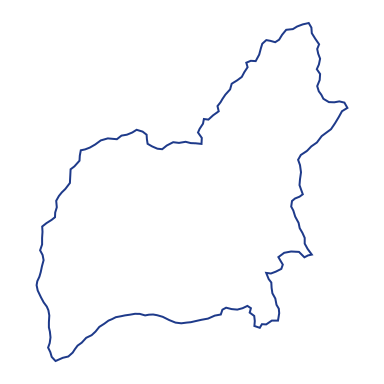 Guarulhos, São Paulo, Brazil
{"feature_id": "56859067B75389058468557", "entity_name": "Guarulhos", "entity_type": "district", "adm_level": 2, "iso_a3": "BRA", "parent_name": "Brazil", "parent_adm1": "São Paulo", "projection": "orthographic", "projection_center": [-46.447, -23.392], "detail": "fine", "context": "isolated", "style": "outline", "palette": "blue", "viewbox_px": 384, "rotation_deg": 0, "n_neighbors": 0, "source": "geoboundaries", "source_scale": "gbopen_adm2", "svg_char_len": 2707}
<svg xmlns="http://www.w3.org/2000/svg" viewBox="0 0 384 384"><path d="M347.4,107.9L344.4,102.6L339.3,101.4L334.3,102.3L328.9,102.1L323.4,98.8L321.3,94.7L318.8,91.3L317.2,86.1L319.7,80.0L320.1,74.0L316.8,69.2L318.9,64.5L320.1,58.7L318.2,53.7L317.2,49.0L319.1,44.3L315.3,38.8L311.8,33.2L311.4,27.6L308.7,23.0L302.7,24.4L297.1,26.5L292.9,29.1L286.2,29.8L282.1,34.8L279.1,39.7L275.2,42.2L270.2,40.8L266.3,40.1L262.3,43.7L260.9,48.2L259.2,54.6L255.7,61.1L250.8,60.8L246.3,62.7L247.6,67.2L244.3,72.2L241.8,76.9L237.1,80.4L231.7,83.7L230.1,89.4L225.4,94.6L222.5,98.9L220.5,102.3L217.5,106.1L218.7,111.3L213.1,115.3L208.4,119.6L203.9,119.0L203.0,123.7L199.7,128.7L198.0,132.5L201.8,137.9L201.5,143.9L195.7,143.3L190.8,143.1L185.6,141.8L179.0,142.9L173.2,142.2L166.8,145.5L162.2,149.2L157.4,148.7L152.1,146.4L147.6,143.8L146.9,139.2L146.6,134.7L142.6,131.6L136.6,129.8L132.3,132.5L126.9,134.7L121.5,135.6L116.9,139.2L107.8,138.4L100.8,140.4L95.2,144.5L89.8,147.6L85.1,149.4L80.8,150.3L79.8,155.7L79.5,160.7L74.4,166.4L70.6,169.3L70.3,175.3L69.9,183.0L65.3,189.0L61.8,192.4L58.9,196.0L56.2,200.8L56.8,207.3L55.2,212.5L55.0,217.2L51.6,219.9L46.5,223.1L42.2,226.5L42.5,231.9L42.1,238.0L42.1,244.5L40.1,250.3L42.6,255.0L43.6,260.2L42.0,266.1L40.7,272.2L39.4,276.7L37.3,281.2L36.6,285.2L37.7,290.5L41.0,297.4L43.7,302.4L46.8,306.6L48.4,310.3L49.3,315.5L48.9,322.2L48.9,327.4L49.9,331.7L50.5,337.4L49.7,343.1L48.1,347.6L50.3,352.1L51.7,356.9L55.5,361.0L59.2,359.4L62.8,357.8L68.3,356.5L72.7,352.6L74.9,349.2L77.6,345.6L81.7,342.7L86.2,337.8L91.6,335.2L95.5,331.6L99.3,326.9L104.3,323.7L108.5,320.6L112.1,319.1L115.8,317.2L121.2,316.2L124.9,315.4L129.9,314.7L135.0,313.8L139.8,313.9L145.1,315.4L148.9,314.7L153.1,314.5L157.1,315.2L162.7,316.8L169.3,320.1L175.5,322.6L181.3,323.3L186.6,322.6L190.8,322.2L195.1,321.2L201.4,319.8L208.0,318.6L214.8,315.6L220.8,314.5L222.4,309.7L226.1,307.7L231.7,309.1L237.3,309.6L242.6,308.2L247.4,305.9L250.9,308.2L249.7,312.6L254.2,315.9L254.8,321.0L254.4,326.0L259.8,327.8L261.9,324.2L266.2,324.4L271.8,320.6L278.0,320.6L279.2,313.2L278.8,308.7L276.5,304.8L275.3,298.5L272.4,293.3L271.6,287.9L271.3,282.5L268.7,279.1L266.2,272.9L270.9,273.5L275.7,271.7L281.3,268.9L282.8,264.6L280.7,261.1L278.4,257.1L284.2,252.8L291.1,251.5L299.0,251.9L304.4,257.3L308.1,255.4L311.8,254.6L307.6,248.9L304.7,243.6L304.7,237.9L302.4,232.8L299.7,228.2L298.6,222.9L295.2,216.6L293.3,210.5L291.2,206.6L292.0,201.0L295.0,198.5L299.5,196.7L302.8,194.3L300.9,189.1L299.5,185.1L300.0,179.3L301.0,172.3L300.0,165.1L298.1,159.8L300.8,155.0L307.1,150.8L311.3,146.4L316.9,142.5L321.7,136.1L326.4,132.6L331.0,129.2L335.0,123.3L338.8,117.0L342.0,111.2L347.4,107.9Z" fill="none" stroke="#1e3a8a" stroke-width="2"/></svg>